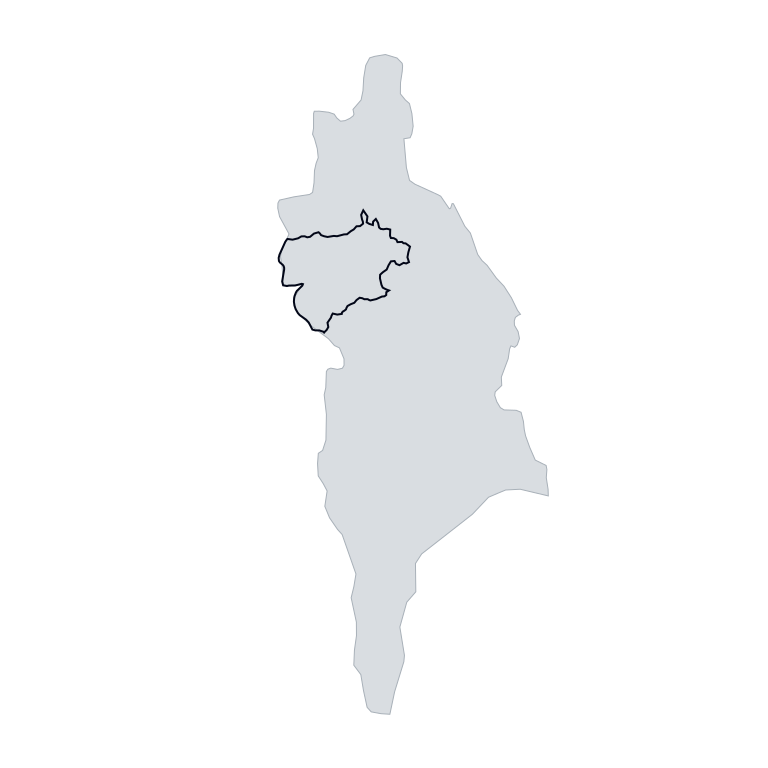 location of Mtskheta-Mtianeti within Georgia, rotated 244°
{"feature_id": "GEO-3034", "entity_name": "Mtskheta-Mtianeti", "entity_type": "Region", "adm_level": 1, "iso_a3": "GEO", "parent_name": "Georgia", "parent_adm1": "", "projection": "albers", "projection_center": [44.706, 42.223], "detail": "fine", "context": "in_parent", "style": "outline", "palette": "ink", "viewbox_px": 768, "rotation_deg": 244, "n_neighbors": 0, "source": "natural_earth", "source_scale": "10m", "svg_char_len": 3837}
<svg xmlns="http://www.w3.org/2000/svg" viewBox="0 0 768 768"><g transform="rotate(244 384 384)"><path d="M386.8,537.2L387.0,534.9L386.3,531.3L383.5,528.7L379.6,527.0L372.3,527.5L365.5,525.7L360.8,521.0L359.7,517.6L362.6,514.8L360.6,512.4L352.3,506.7L338.8,492.5L331.1,489.2L328.2,480.5L325.2,478.5L318.6,477.6L311.7,478.2L310.2,479.2L308.1,480.5L302.4,491.3L298.5,494.8L289.2,492.9L281.6,490.1L275.3,488.5L263.2,487.2L249.3,486.6L239.7,494.0L235.7,492.9L228.7,488.8L217.4,485.3L211.4,482.6L229.7,460.3L235.4,446.9L235.9,438.6L236.4,428.3L228.2,406.4L221.6,375.5L214.8,343.4L208.9,333.6L183.3,321.5L177.9,308.8L158.6,291.7L131.1,283.4L125.7,280.1L102.7,258.6L84.6,244.5L89.0,236.8L94.9,228.8L100.8,227.1L117.5,231.2L133.0,235.8L144.5,233.6L157.8,240.8L169.8,248.9L182.1,254.8L206.3,260.8L215.1,268.1L225.5,275.5L267.1,280.4L270.5,279.4L273.6,278.5L287.6,276.4L300.0,277.2L312.8,286.0L321.2,285.7L330.2,284.6L341.6,289.4L350.5,294.6L351.2,299.7L359.0,307.2L381.9,318.9L400.5,325.5L406.3,330.1L420.5,337.7L421.9,340.0L421.6,343.1L417.5,348.6L416.4,353.5L418.3,356.3L424.2,359.1L436.0,359.8L440.3,356.3L449.1,353.9L457.8,349.4L469.5,343.4L485.3,337.9L491.6,337.9L497.7,339.6L501.9,342.7L509.1,354.0L516.2,338.1L518.0,337.0L524.5,340.1L536.0,344.5L543.9,346.8L548.3,350.0L560.5,364.4L580.2,363.5L588.6,365.6L593.1,368.0L595.1,370.7L591.7,385.1L587.0,400.1L587.5,403.8L595.5,409.3L606.3,415.1L612.2,419.8L616.2,424.1L624.8,427.2L635.0,429.1L639.8,429.3L644.8,432.8L658.0,439.3L659.7,440.9L657.6,445.4L652.5,453.4L648.4,457.5L643.8,458.2L639.3,460.1L637.8,464.4L637.7,469.9L638.5,473.8L639.7,475.3L644.4,476.5L649.3,487.9L656.7,493.6L668.1,500.0L678.4,507.3L683.4,514.1L682.6,519.2L679.5,529.7L671.3,538.6L664.3,540.9L661.8,540.2L657.1,537.5L647.7,531.0L637.6,525.9L629.9,527.7L624.9,529.8L614.8,527.6L602.9,523.2L596.7,518.7L593.9,515.4L595.7,509.4L568.7,499.0L555.8,496.2L550.0,499.4L530.3,515.6L527.9,517.3L512.9,519.5L512.8,520.9L516.3,524.3L515.6,525.4L490.3,525.8L481.8,527.8L459.3,525.0L451.9,526.2L445.5,528.7L430.0,531.4L419.4,534.7L405.7,536.3L391.7,536.3L386.8,537.2Z" fill="#d9dde1" stroke="#a8b0b8" stroke-width="1"/><path d="M516.9,336.6L520.8,337.4L530.6,344.4L532.2,345.2L533.9,345.5L535.6,345.2L536.4,344.8L538.9,343.7L540.6,343.5L543.5,344.6L546.1,346.8L555.0,357.5L556.0,359.2L556.7,360.8L553.8,365.1L552.6,370.7L552.9,374.4L551.5,377.5L549.5,379.3L548.7,382.1L549.9,387.0L549.1,391.7L547.3,392.4L545.4,392.7L543.1,394.9L540.9,397.7L539.1,403.8L537.4,406.6L536.0,413.6L534.8,416.4L535.9,421.1L536.2,424.6L537.8,428.4L536.4,431.7L537.3,435.5L539.3,436.2L541.5,436.4L546.0,437.6L549.2,441.5L541.9,442.6L536.9,439.3L534.3,441.0L531.8,443.7L534.7,445.4L535.9,449.0L531.4,449.3L526.8,448.2L524.9,449.0L523.4,451.2L522.3,454.6L520.1,457.3L514.6,454.4L512.2,454.2L510.8,456.7L508.3,458.4L505.6,458.3L503.8,462.5L502.0,463.2L500.9,465.1L496.1,467.6L491.8,463.7L487.6,460.6L482.6,459.9L482.6,456.8L484.3,454.7L484.0,450.0L486.6,447.6L489.9,447.4L491.2,444.0L488.7,440.1L485.7,436.6L485.0,432.2L484.3,429.6L484.2,429.4L483.9,428.4L480.8,426.7L474.3,425.2L471.2,425.1L468.6,427.0L467.1,428.3L465.9,429.5L465.5,426.3L463.0,425.0L462.6,422.9L463.4,420.7L463.5,420.5L463.7,414.3L465.1,408.3L466.2,407.3L467.3,406.6L468.1,405.1L468.8,403.5L470.6,402.1L472.2,399.9L471.5,396.1L470.0,392.9L470.3,389.0L470.1,385.4L468.9,383.7L467.7,382.5L467.3,380.6L467.1,378.6L466.5,377.4L465.5,376.8L466.9,372.4L469.8,368.8L468.4,366.8L466.9,365.4L463.9,360.1L459.6,358.9L457.8,356.3L456.7,353.1L456.5,352.7L457.6,352.4L458.8,351.1L460.5,349.4L462.2,345.9L464.3,343.5L472.3,343.3L475.9,342.2L482.9,338.4L485.5,337.7L490.0,337.4L493.8,337.9L497.2,339.0L497.5,339.1L500.8,341.0L502.2,342.1L504.9,345.0L505.9,346.6L508.2,353.7L509.3,354.9L510.1,354.0L511.5,347.3L514.1,341.7L514.6,339.7L516.9,336.6Z" fill="none" stroke="#020617" stroke-width="2"/></g></svg>